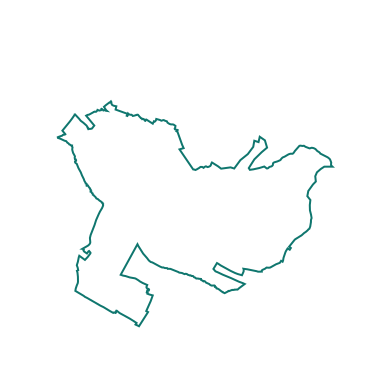 Suplacu De Barcau, Bihor, Romania (orthographic projection), rotated 252°
{"feature_id": "2599482B91018668857272", "entity_name": "Suplacu De Barcau", "entity_type": "district", "adm_level": 2, "iso_a3": "ROU", "parent_name": "Romania", "parent_adm1": "Bihor", "projection": "orthographic", "projection_center": [22.507, 47.235], "detail": "fine", "context": "isolated", "style": "outline", "palette": "teal", "viewbox_px": 384, "rotation_deg": 252, "n_neighbors": 0, "source": "geoboundaries", "source_scale": "gbopen_adm2", "svg_char_len": 5956}
<svg xmlns="http://www.w3.org/2000/svg" viewBox="0 0 384 384"><g transform="rotate(252 192 192)"><path d="M172.7,333.4L173.6,332.9L174.5,332.6L175.4,332.8L177.0,333.5L179.7,333.4L181.0,333.1L183.0,331.8L188.9,325.9L189.5,325.8L190.5,325.3L192.3,323.8L194.7,322.7L196.1,321.3L196.8,320.1L197.1,319.4L197.1,317.5L197.3,317.1L199.9,313.9L201.4,312.7L201.6,311.4L202.6,309.4L202.7,308.4L199.2,302.5L197.9,300.9L197.3,299.6L198.0,297.3L198.0,295.5L197.0,291.0L196.8,288.8L196.0,287.2L195.2,286.2L195.0,285.6L194.7,282.7L194.8,279.4L194.6,278.7L194.3,278.0L192.5,277.1L192.0,276.2L191.8,275.4L191.9,274.0L191.8,273.1L191.2,271.9L191.1,271.2L191.3,270.4L193.9,268.6L194.0,263.5L194.6,257.3L195.2,253.9L197.2,253.4L203.8,261.4L208.3,270.5L211.0,277.1L218.6,277.3L223.6,273.5L218.9,270.7L221.5,267.1L216.0,264.2L210.8,256.8L207.4,247.9L201.3,239.4L203.5,236.3L205.2,226.9L208.4,224.7L213.9,220.1L213.2,219.3L211.5,218.0L211.1,217.4L210.8,215.6L210.9,214.5L212.1,213.2L212.0,211.6L211.4,210.5L212.7,209.4L213.2,207.8L212.6,206.0L212.0,203.3L211.9,202.0L212.6,201.2L213.1,200.1L236.4,193.3L236.3,197.6L240.0,197.2L253.6,196.8L254.5,196.1L254.9,197.1L255.3,197.5L255.7,197.1L256.7,195.3L257.2,195.1L257.6,195.1L258.7,196.1L260.0,196.7L261.8,195.3L262.2,194.6L262.8,192.9L263.7,191.6L265.6,190.1L266.9,190.0L268.4,188.0L269.1,187.4L269.3,186.5L269.2,185.1L269.4,184.7L270.3,183.9L272.5,180.6L271.4,179.9L270.9,179.3L270.4,178.2L271.0,177.6L269.1,175.8L275.0,171.0L275.1,170.7L274.8,170.1L274.1,169.6L274.2,169.4L274.9,169.0L275.7,169.0L276.0,168.8L276.7,168.0L276.8,167.7L276.7,167.1L277.7,166.8L278.1,166.1L278.7,166.0L279.8,165.4L282.1,164.5L282.5,163.7L282.3,163.0L282.5,162.3L282.4,161.4L282.6,159.2L283.7,158.7L284.2,158.3L284.4,157.5L285.2,156.2L286.2,155.6L285.4,155.3L284.3,154.0L284.7,153.5L286.2,154.9L294.0,144.8L296.9,146.5L298.3,144.1L299.4,143.0L300.9,142.7L302.5,143.1L303.3,142.9L302.9,142.1L302.6,142.0L302.4,141.3L302.6,140.9L301.1,136.6L300.2,134.6L296.4,135.6L295.4,136.2L296.0,135.0L296.5,134.6L297.4,132.8L297.3,132.7L298.8,132.0L299.1,131.6L299.0,131.4L298.3,131.2L297.9,130.8L298.1,128.9L299.3,127.5L298.7,127.0L298.0,125.8L298.1,125.0L298.5,124.5L298.4,124.1L298.5,123.2L298.3,122.8L297.4,118.1L297.6,116.5L297.3,114.9L285.4,119.6L283.3,116.5L283.3,115.3L283.7,114.0L283.8,112.8L285.2,112.6L285.2,112.9L287.8,112.2L291.4,110.1L294.1,108.2L296.7,107.2L302.0,104.7L302.0,104.4L301.7,104.3L298.8,100.5L296.7,97.5L290.4,87.7L286.1,89.4L285.9,88.9L286.2,86.9L285.7,85.9L285.7,83.4L285.6,81.3L284.9,81.2L283.3,83.3L280.2,86.6L279.2,88.1L277.4,88.7L276.5,89.5L275.0,90.1L274.5,90.9L274.1,91.0L274.1,90.6L273.3,92.3L272.4,91.9L271.5,92.2L269.7,91.3L268.5,91.1L266.0,91.0L262.1,91.7L260.8,91.0L259.0,90.8L258.8,91.0L258.8,91.5L258.1,91.6L257.5,91.4L257.0,90.1L256.4,90.0L255.6,90.2L254.4,91.1L249.8,91.4L245.1,92.3L241.8,92.5L237.6,93.1L235.9,93.1L233.6,93.6L232.9,93.5L232.5,94.2L232.3,94.3L231.5,94.3L230.6,93.7L230.5,93.8L230.8,94.5L230.6,94.9L227.7,95.7L226.9,96.2L226.2,96.0L225.3,96.4L224.5,95.9L224.1,96.3L224.0,96.2L223.9,95.8L223.6,95.7L223.5,96.0L223.4,96.3L221.9,96.5L221.3,97.1L220.1,96.8L219.2,97.6L218.3,97.9L217.2,98.6L215.3,99.1L214.6,100.1L212.2,101.5L211.5,102.2L210.1,103.0L209.6,103.5L209.2,103.2L208.1,103.8L207.3,103.3L206.9,103.4L206.1,102.9L204.5,101.5L201.7,98.3L199.6,96.3L194.9,92.1L190.7,89.1L182.4,82.3L179.8,80.7L175.9,79.8L175.1,79.5L174.0,78.4L173.5,77.4L173.1,76.4L171.8,70.1L171.4,70.9L170.6,71.3L169.9,70.7L168.6,71.1L166.0,73.1L167.6,75.3L167.7,75.9L165.7,76.7L165.0,76.4L162.4,72.7L160.5,69.2L166.2,65.1L165.0,64.2L160.9,61.9L157.9,59.8L155.4,59.9L152.8,59.6L152.6,58.2L150.9,58.2L146.6,57.3L141.8,55.8L140.5,55.1L138.8,53.6L136.1,51.6L134.0,50.5L126.7,56.9L125.2,57.9L124.1,59.1L112.2,69.8L109.9,72.2L104.1,77.2L101.4,79.7L101.3,80.0L101.6,80.7L101.5,81.0L100.6,81.8L100.6,82.0L100.8,82.4L101.5,82.5L102.5,83.3L102.4,83.7L99.2,85.8L90.8,93.7L84.6,98.8L83.4,97.3L82.9,97.8L83.0,97.9L80.7,100.1L91.4,113.1L92.9,111.7L101.1,119.1L105.8,122.7L107.7,119.8L109.0,118.2L109.6,118.7L110.4,117.9L111.9,118.8L112.2,119.1L111.6,119.7L111.5,120.1L111.7,120.5L112.4,121.0L113.0,120.9L114.3,119.5L115.1,119.2L115.7,119.3L117.4,120.7L120.7,117.0L123.2,114.7L124.4,113.9L126.9,111.8L127.5,111.1L130.0,106.4L132.6,102.8L133.8,100.6L135.3,98.6L159.2,124.0L157.1,124.3L148.5,126.5L143.1,128.8L140.2,129.8L138.2,131.1L137.3,132.5L131.1,138.4L129.4,140.3L129.2,141.3L128.0,142.8L127.3,144.8L126.4,145.2L126.3,145.8L125.5,147.8L120.0,154.4L119.3,154.9L118.1,157.4L116.2,159.5L116.2,160.6L115.9,161.3L115.2,162.1L114.7,162.3L114.6,162.5L113.6,163.8L113.2,164.3L113.2,164.9L112.2,165.7L111.9,166.8L111.3,167.3L110.5,167.5L110.0,167.9L109.7,168.5L108.4,169.3L107.8,171.1L107.5,171.4L106.5,173.7L105.5,173.5L105.3,173.7L104.7,174.4L103.5,175.2L103.7,175.8L103.0,176.7L101.4,177.4L99.2,179.9L97.8,180.7L96.9,181.8L96.2,184.4L95.7,184.8L94.7,184.5L94.5,185.1L93.6,185.6L93.1,185.4L92.7,185.5L92.1,186.6L91.1,187.5L88.3,189.4L87.3,190.4L87.1,190.3L85.7,191.8L86.3,195.4L86.6,195.8L86.6,196.3L86.3,196.6L86.5,200.0L86.1,200.6L86.1,201.2L85.9,201.9L86.0,202.4L85.9,202.8L85.6,203.4L85.4,204.6L85.1,205.2L86.0,207.2L88.2,213.7L89.6,212.2L92.2,208.9L97.9,202.7L103.7,195.9L107.4,192.0L109.3,189.8L112.2,188.6L116.7,193.8L115.5,194.9L113.3,196.6L105.0,204.4L101.6,208.0L99.9,210.1L97.4,213.8L100.4,216.5L102.2,217.2L103.1,217.2L101.4,220.7L100.1,223.0L96.7,229.0L95.8,230.2L94.7,233.8L95.6,234.0L96.1,234.7L96.5,237.9L97.1,239.5L96.2,241.8L96.0,243.1L97.3,249.6L97.5,253.6L99.0,255.5L97.7,256.6L98.6,257.4L101.1,258.7L105.8,262.2L106.7,263.0L108.8,265.5L106.9,267.1L108.2,268.7L110.0,267.5L114.6,274.5L115.1,275.4L117.0,283.0L118.4,286.1L118.8,287.7L119.8,290.1L120.5,291.2L120.8,292.3L122.7,293.8L126.6,295.8L128.6,296.5L130.3,297.7L133.7,298.2L138.1,298.5L143.2,300.0L147.8,302.1L152.4,300.4L157.0,302.9L161.8,309.4L163.7,313.0L168.9,314.1L172.1,316.9L174.1,321.6L175.2,325.6L172.7,333.4Z" fill="none" stroke="#0f766e" stroke-width="2"/></g></svg>